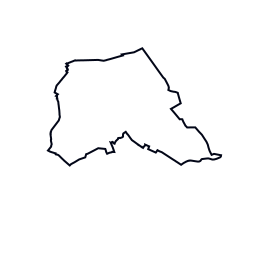 Landgraaf, Limburg, Netherlands (Robinson projection), rotated 41°
{"feature_id": "6326949B53909920900869", "entity_name": "Landgraaf", "entity_type": "district", "adm_level": 2, "iso_a3": "NLD", "parent_name": "Netherlands", "parent_adm1": "Limburg", "projection": "robinson", "projection_center": [6.038, 50.902], "detail": "fine", "context": "isolated", "style": "outline", "palette": "ink", "viewbox_px": 256, "rotation_deg": 41, "n_neighbors": 0, "source": "geoboundaries", "source_scale": "gbopen_adm2", "svg_char_len": 5138}
<svg xmlns="http://www.w3.org/2000/svg" viewBox="0 0 256 256"><g transform="rotate(41 128 128)"><path d="M82.9,66.9L75.1,76.5L76.5,76.7L74.9,79.1L73.9,80.6L69.7,87.1L68.9,88.3L67.5,90.3L67.0,91.2L66.2,92.3L65.7,93.0L65.4,93.3L63.4,94.6L60.8,96.2L55.8,100.8L50.9,105.3L49.6,106.5L47.9,108.0L45.6,110.1L44.7,111.0L44.0,111.6L43.7,111.6L43.0,113.0L42.7,113.6L42.3,114.4L42.0,114.9L41.7,115.4L41.4,116.1L40.5,117.8L39.9,119.0L39.7,119.4L39.6,119.7L39.3,119.6L39.2,120.0L39.3,120.0L39.5,120.0L40.5,120.0L41.4,120.0L42.0,120.1L41.9,121.1L41.6,121.4L41.2,121.6L40.9,122.3L41.2,122.4L42.6,122.6L43.3,122.9L43.2,123.2L43.7,123.3L44.0,123.4L43.9,123.6L44.4,123.8L44.1,124.8L43.9,125.5L44.5,125.9L45.0,125.8L45.4,125.7L45.8,125.7L45.9,126.5L45.9,126.9L46.0,127.5L46.0,128.0L46.0,128.4L46.0,128.9L46.1,130.7L46.1,131.1L46.1,131.5L46.1,132.1L46.1,133.0L46.1,133.5L46.2,135.0L46.2,135.4L46.2,135.9L46.2,136.4L46.2,137.0L46.3,138.2L46.3,139.6L46.3,141.6L46.3,142.8L46.7,143.7L46.7,143.9L47.2,144.8L47.5,145.4L48.5,147.7L48.8,148.3L49.3,149.3L50.7,149.1L50.9,149.0L51.1,148.9L52.0,148.8L52.9,148.6L52.7,151.0L53.3,150.8L53.7,150.7L54.1,151.3L54.3,151.6L54.6,152.0L54.9,152.4L55.3,152.1L55.6,152.4L56.0,152.8L56.3,153.0L56.5,153.2L56.7,153.3L57.0,153.5L57.6,153.7L58.1,153.9L60.1,155.8L60.4,156.0L62.9,158.3L64.5,159.7L64.6,159.8L66.7,161.9L67.4,162.7L69.4,164.4L69.8,165.5L70.8,167.7L71.6,179.7L72.2,181.2L72.5,181.6L72.4,181.9L73.4,183.0L73.2,183.1L73.4,183.4L77.3,186.8L77.4,187.1L77.5,187.1L77.9,187.8L78.2,188.2L80.8,190.1L81.1,190.4L81.6,191.7L82.2,192.5L82.4,197.5L84.6,197.0L84.9,196.8L85.4,196.7L86.1,196.4L88.1,195.5L89.1,195.1L89.5,194.9L90.0,194.6L90.6,195.3L90.8,195.3L91.4,195.0L91.5,194.9L91.9,194.6L92.1,194.5L92.3,194.4L92.6,194.3L93.0,194.2L93.5,194.1L94.0,194.1L94.6,194.1L95.8,194.2L99.2,194.4L100.2,194.4L101.0,194.5L101.8,194.5L102.5,194.5L106.0,194.5L108.6,194.5L108.7,192.7L109.6,190.3L109.8,189.8L110.1,189.0L111.8,183.7L115.0,178.2L113.6,175.2L114.4,174.0L115.6,171.0L117.1,167.2L118.8,162.8L124.6,158.7L125.2,159.0L126.7,160.0L127.3,160.4L127.6,160.5L127.9,160.7L128.6,160.9L129.1,161.1L129.2,160.8L129.3,160.8L129.6,160.2L129.8,159.7L130.1,159.1L130.4,158.6L130.8,158.1L131.2,157.6L131.7,156.8L131.7,156.4L132.1,156.0L132.4,155.9L133.4,155.1L131.9,154.2L130.7,153.5L130.1,153.2L129.5,152.8L127.0,151.6L124.6,150.4L124.9,150.3L124.9,150.1L125.0,150.0L125.0,149.9L125.0,149.7L125.1,149.3L125.3,149.3L125.5,149.2L125.6,148.9L125.6,148.7L125.9,148.7L126.0,148.6L126.3,148.7L126.5,148.8L126.9,148.9L127.2,148.9L127.3,148.9L127.5,148.8L127.8,148.8L128.1,148.8L128.2,148.7L127.9,148.1L127.8,147.6L127.6,146.9L127.5,146.6L127.5,146.1L127.4,145.7L127.4,145.4L127.5,144.9L127.5,144.7L127.5,144.2L127.7,143.4L127.7,143.0L127.6,142.9L127.4,142.7L127.3,142.4L127.2,142.1L127.3,142.0L127.4,141.8L127.7,141.4L127.9,141.2L128.0,141.1L128.3,140.9L128.6,140.8L128.7,140.7L129.0,140.2L129.3,139.6L129.6,139.1L129.9,138.4L129.9,138.2L129.8,137.7L129.7,137.5L129.0,136.8L128.7,136.4L128.3,135.8L128.3,135.6L128.2,135.5L128.1,135.1L128.2,134.6L128.4,133.9L128.8,132.4L131.6,133.1L131.9,133.0L132.9,133.2L134.2,133.5L135.7,133.9L136.6,134.1L137.6,134.3L138.6,134.5L138.8,134.6L141.6,134.3L145.2,134.0L146.8,134.0L146.8,133.8L151.1,133.4L151.1,133.1L152.4,133.1L152.2,131.3L152.2,130.2L152.3,130.1L152.2,129.9L152.1,129.5L151.9,129.3L152.3,129.2L152.7,129.0L155.2,128.3L156.0,128.0L157.1,130.7L165.1,128.3L165.1,127.9L164.9,126.3L164.8,125.7L164.8,125.4L166.9,125.0L169.3,124.1L182.2,122.3L185.4,121.8L185.8,121.8L187.7,121.5L192.2,120.9L192.3,120.5L192.5,119.7L192.7,118.9L192.9,118.2L193.1,117.5L193.5,116.5L193.8,115.7L193.9,115.3L194.0,115.2L194.1,114.9L194.2,114.7L194.3,114.6L194.4,114.4L194.5,114.2L194.6,113.8L194.8,113.6L194.9,113.4L195.0,113.3L195.0,113.2L195.2,112.9L195.3,112.9L195.4,112.7L195.5,112.6L195.6,112.4L195.8,112.3L195.8,112.2L196.0,112.1L196.2,111.9L196.3,111.7L196.5,111.5L196.9,111.3L197.1,111.1L197.3,111.0L197.4,110.9L197.6,110.8L197.9,110.6L199.2,109.8L202.5,107.7L202.9,107.4L203.4,106.9L203.7,106.6L203.9,106.1L204.1,105.7L204.2,105.3L204.2,104.8L204.1,104.4L204.1,104.2L204.0,103.7L204.1,103.3L204.2,102.9L204.5,102.6L207.4,99.4L207.8,99.0L208.5,98.3L208.9,98.1L209.4,97.8L211.4,96.9L211.9,96.7L212.3,96.5L212.7,96.2L213.0,95.9L213.3,95.6L213.7,95.2L214.9,93.4L215.1,93.1L215.2,92.8L215.4,92.5L215.7,91.9L216.7,89.8L216.8,89.5L216.8,89.3L216.8,89.0L216.8,88.7L216.7,88.4L216.5,88.2L216.1,87.5L215.8,87.7L209.9,91.1L208.7,93.4L205.2,92.0L204.2,91.5L201.7,90.0L199.1,88.2L196.2,86.9L193.0,86.0L188.2,84.6L184.9,84.3L184.7,84.3L183.8,84.2L178.4,83.4L175.4,86.0L172.3,88.8L172.2,88.8L170.8,88.6L169.9,88.6L169.1,88.3L168.1,87.9L165.9,87.1L163.8,86.1L163.3,85.8L162.6,86.3L162.1,86.7L161.6,87.1L161.3,87.5L152.8,86.1L147.9,85.4L149.0,82.3L150.7,77.3L151.6,74.8L150.2,73.9L146.6,71.6L143.3,69.4L142.5,68.8L140.3,69.6L139.6,70.0L138.6,70.7L136.8,71.7L136.2,72.0L135.8,72.2L133.5,72.8L133.0,71.8L132.5,71.1L132.5,70.9L132.3,70.7L132.2,70.7L131.5,70.1L131.0,69.8L129.9,69.3L126.9,68.1L123.5,66.8L121.5,66.8L113.8,65.0L107.2,63.4L93.8,60.2L86.5,58.5L85.9,59.8L82.9,66.9Z" fill="none" stroke="#020617" stroke-width="2"/></g></svg>